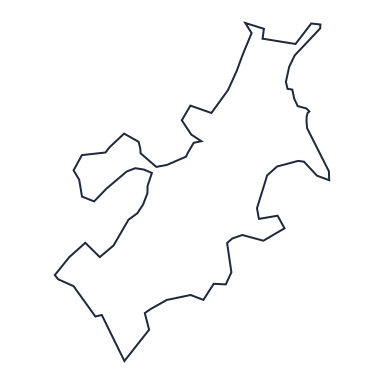 Suffolk, Massachusetts, United States of America (Mercator projection)
{"feature_id": "52423323B97000000441045", "entity_name": "Suffolk", "entity_type": "district", "adm_level": 2, "iso_a3": "USA", "parent_name": "United States of America", "parent_adm1": "Massachusetts", "projection": "mercator", "projection_center": [-71.062, 42.336], "detail": "fine", "context": "isolated", "style": "outline", "palette": "slate", "viewbox_px": 384, "rotation_deg": 0, "n_neighbors": 0, "source": "geoboundaries", "source_scale": "gbopen_adm2", "svg_char_len": 1236}
<svg xmlns="http://www.w3.org/2000/svg" viewBox="0 0 384 384"><path d="M54.8,275.1L58.2,279.3L73.5,286.1L95.4,316.5L101.8,315.0L124.4,361.0L149.1,329.7L144.8,313.1L150.2,309.3L166.8,299.9L167.1,299.9L190.6,295.0L203.4,299.9L213.7,283.8L225.8,284.4L231.4,272.3L227.1,243.0L232.3,238.5L242.3,235.0L263.4,240.7L284.5,228.3L277.6,215.7L258.9,218.9L257.0,208.2L258.3,204.0L265.1,182.1L267.1,175.4L277.1,166.5L295.5,161.6L298.2,160.9L304.0,161.7L317.0,175.7L329.2,180.2L328.9,171.3L307.1,128.2L306.5,121.3L306.7,116.2L307.6,113.0L309.4,111.5L306.5,108.5L297.7,106.1L294.2,98.7L292.3,89.6L287.5,88.8L287.5,88.7L285.9,81.8L289.2,66.8L294.7,55.4L320.2,28.4L320.4,24.5L311.3,23.5L295.5,44.0L262.6,38.7L263.9,28.8L245.3,23.0L251.6,33.1L242.5,55.1L236.8,70.7L228.0,90.1L211.4,113.0L190.4,105.6L181.8,120.3L191.3,134.6L201.3,141.2L193.7,142.8L187.9,152.7L186.0,156.7L166.7,165.0L156.3,166.9L140.6,153.3L140.3,148.6L138.6,141.8L124.1,133.6L109.5,147.3L105.5,152.5L81.9,155.1L73.6,170.3L79.2,179.8L82.0,196.6L94.1,201.4L106.6,188.5L126.7,171.5L135.3,168.2L144.0,169.6L151.9,173.0L147.6,185.8L147.4,193.3L143.1,204.5L137.3,213.3L128.5,219.7L113.6,245.4L99.8,257.1L85.3,242.8L69.2,257.2L54.8,275.1Z" fill="none" stroke="#1e293b" stroke-width="2"/></svg>